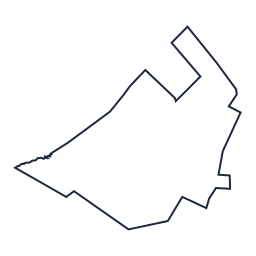 outline of Kadoma Urban, Mashonaland West, Zimbabwe
{"feature_id": "62879985B53444954846030", "entity_name": "Kadoma Urban", "entity_type": "district", "adm_level": 2, "iso_a3": "ZWE", "parent_name": "Zimbabwe", "parent_adm1": "Mashonaland West", "projection": "robinson", "projection_center": [29.825, -18.321], "detail": "fine", "context": "isolated", "style": "outline", "palette": "slate", "viewbox_px": 256, "rotation_deg": 0, "n_neighbors": 0, "source": "geoboundaries", "source_scale": "gbopen_adm2", "svg_char_len": 2492}
<svg xmlns="http://www.w3.org/2000/svg" viewBox="0 0 256 256"><path d="M66.4,197.0L66.5,196.8L66.7,196.6L66.8,196.5L67.1,196.3L67.2,196.1L67.4,196.0L67.6,195.8L68.0,195.6L74.0,191.2L92.7,204.3L128.4,229.3L128.8,229.3L167.8,221.0L182.1,197.2L182.3,196.9L206.3,208.1L209.2,198.4L215.8,188.3L216.0,188.0L230.1,188.8L229.7,175.5L218.5,174.7L222.8,151.1L240.6,112.5L229.1,106.5L228.8,106.4L228.9,106.2L229.0,106.0L229.2,105.8L236.8,94.3L236.1,89.3L215.8,61.7L215.6,61.5L187.5,26.7L171.6,42.8L200.4,76.5L186.8,90.2L175.8,101.1L174.9,98.0L145.3,70.0L130.1,86.0L122.6,96.1L110.0,111.6L107.2,113.7L78.1,135.2L67.6,142.9L62.9,145.9L62.4,146.2L51.5,153.1L51.6,153.3L51.7,153.6L51.7,153.8L51.7,154.0L51.5,154.3L51.0,154.3L50.8,154.3L50.5,154.3L50.3,154.3L50.2,154.3L50.2,154.5L50.0,154.9L50.0,155.2L50.0,155.4L50.1,155.7L50.2,155.9L50.2,156.0L50.3,156.1L50.3,156.3L50.0,156.3L49.3,156.3L49.1,156.3L48.9,156.1L48.7,155.9L48.3,155.8L48.2,155.9L48.0,156.0L47.8,156.1L47.4,156.4L47.3,156.5L47.3,157.0L47.3,157.3L47.4,157.5L47.4,157.8L47.4,158.0L47.5,158.1L47.2,158.1L46.9,158.0L46.7,158.0L46.6,157.9L46.4,157.7L46.1,157.3L46.0,157.1L45.8,156.9L45.4,156.6L45.2,156.4L44.9,156.4L44.9,156.6L44.8,156.9L44.8,157.1L44.7,157.4L44.7,157.7L44.6,157.9L44.5,158.1L44.5,158.3L44.4,158.4L44.3,158.5L44.1,158.5L43.9,158.7L43.7,158.7L43.4,158.7L43.2,158.7L42.8,158.5L42.4,158.3L41.9,158.2L41.5,157.9L41.2,157.8L37.9,158.2L37.7,158.2L37.7,158.3L37.4,158.4L37.3,158.5L37.2,158.6L37.1,158.8L36.9,159.0L36.7,159.1L36.6,159.3L36.3,159.6L36.1,159.8L35.8,160.0L35.7,160.2L35.4,160.3L35.2,160.4L35.1,160.5L34.7,160.5L34.0,160.5L33.7,160.5L33.4,160.5L33.1,160.5L32.8,160.5L32.6,160.5L32.3,160.6L32.2,160.8L31.9,160.9L31.7,161.0L31.1,161.6L30.9,161.7L30.7,161.8L30.3,162.0L29.8,162.3L29.7,162.3L29.4,162.5L29.1,162.6L28.8,162.7L28.5,162.7L28.0,162.7L27.2,162.7L26.7,162.7L26.3,162.7L26.0,162.8L25.6,162.8L25.3,162.9L25.1,162.9L24.9,163.0L24.7,163.1L24.4,163.2L24.4,163.3L24.3,163.5L24.2,163.7L24.2,163.8L23.9,163.9L23.8,164.0L23.6,164.0L23.4,164.0L23.2,164.0L23.0,163.9L22.6,163.9L22.3,163.9L22.2,163.9L21.9,163.9L21.7,163.9L21.5,164.0L21.3,164.2L21.1,164.3L20.7,164.4L20.5,164.6L20.3,164.8L20.2,164.9L20.1,165.0L19.9,165.3L19.8,165.5L19.7,165.6L19.4,165.8L19.2,165.8L18.8,165.9L18.7,166.0L18.3,166.2L18.0,166.2L17.8,166.3L17.6,166.4L17.4,166.4L17.2,166.4L16.9,166.4L16.7,166.5L16.4,166.7L16.3,166.9L16.2,167.0L16.0,167.3L15.9,167.6L15.7,167.7L15.7,167.8L15.4,167.9L66.4,197.0Z" fill="none" stroke="#1e293b" stroke-width="2"/></svg>